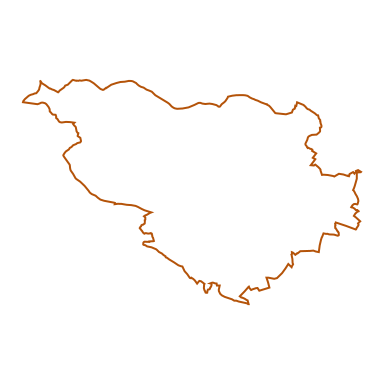 outline of Raciu, Mures, Romania
{"feature_id": "2599482B26505266969931", "entity_name": "Raciu", "entity_type": "district", "adm_level": 2, "iso_a3": "ROU", "parent_name": "Romania", "parent_adm1": "Mures", "projection": "robinson", "projection_center": [24.372, 46.712], "detail": "fine", "context": "isolated", "style": "outline", "palette": "amber", "viewbox_px": 384, "rotation_deg": 0, "n_neighbors": 0, "source": "geoboundaries", "source_scale": "gbopen_adm2", "svg_char_len": 5937}
<svg xmlns="http://www.w3.org/2000/svg" viewBox="0 0 384 384"><path d="M291.6,267.2L292.0,266.1L293.1,264.2L292.6,263.0L292.4,259.0L291.7,255.6L291.8,254.7L291.5,254.5L292.0,253.6L291.9,252.2L292.7,252.5L294.7,254.1L294.7,254.4L295.4,254.8L297.2,253.2L297.6,253.4L300.3,251.2L310.3,250.9L313.3,250.6L315.8,251.5L318.8,252.1L319.7,245.4L321.0,239.8L321.8,237.3L322.1,237.0L323.5,233.4L326.1,233.9L327.4,233.8L329.2,234.4L334.0,234.6L337.6,235.7L338.4,235.5L338.7,235.3L338.8,234.8L338.7,232.8L338.1,232.1L338.1,231.6L337.3,231.0L336.4,229.3L335.2,227.9L335.4,227.5L335.2,226.8L335.1,225.9L335.5,225.3L335.5,225.0L335.1,223.9L335.1,223.6L335.7,223.1L335.8,222.5L345.8,225.8L355.8,229.5L356.1,229.3L356.5,228.5L356.6,228.0L357.9,226.2L358.4,225.3L358.5,224.5L358.0,223.4L360.2,221.3L355.8,217.3L353.9,215.9L355.3,213.6L357.4,211.7L358.6,211.3L358.5,211.0L357.8,210.6L357.2,210.0L355.9,210.1L354.5,208.6L352.4,207.4L351.5,207.4L351.2,207.2L352.5,205.2L353.9,204.1L355.1,203.9L357.2,204.4L357.6,204.0L358.4,201.0L358.0,198.9L356.9,196.3L355.5,194.0L354.5,191.9L353.6,190.5L353.1,190.1L354.0,188.1L354.8,185.8L356.8,178.7L356.8,172.5L360.7,172.2L361.0,171.9L358.1,170.1L355.9,171.0L356.2,172.2L354.9,172.8L354.4,173.6L353.1,172.1L349.8,173.9L349.5,174.2L349.2,175.8L349.0,176.2L348.0,175.7L347.8,176.0L343.4,174.5L338.9,173.8L334.3,176.5L333.1,176.0L327.8,175.0L323.5,174.7L322.0,174.9L320.5,170.5L320.5,169.7L320.1,169.0L318.3,167.1L315.3,164.6L314.1,165.2L313.9,165.5L310.8,165.2L315.3,159.2L312.8,157.8L316.2,153.4L312.1,150.9L312.5,150.1L312.3,149.6L311.0,148.9L310.4,148.9L308.2,147.7L307.7,148.0L307.0,147.1L306.8,146.4L305.6,144.9L305.4,144.1L305.5,143.5L307.3,139.8L307.9,137.5L308.5,136.6L309.6,135.9L311.9,134.9L316.6,134.6L318.9,132.7L320.0,131.5L320.1,130.8L319.9,127.7L320.7,127.6L321.3,127.1L321.5,126.0L321.1,124.5L320.6,123.4L320.4,121.6L320.2,121.5L320.2,120.1L318.8,118.3L318.1,115.4L317.6,115.4L316.7,115.0L314.8,113.3L310.7,110.7L309.6,109.7L307.5,109.0L305.9,107.4L305.4,106.6L304.6,106.0L303.6,105.0L297.1,102.3L296.3,105.9L295.3,105.7L295.2,107.4L294.9,107.4L294.7,108.7L292.9,109.7L291.9,112.5L286.0,114.3L276.5,113.3L275.3,113.1L270.4,107.1L269.0,105.7L266.5,104.4L266.6,104.2L265.3,103.9L261.0,102.3L257.6,100.6L255.6,100.0L253.8,99.1L252.2,98.6L249.8,97.4L248.0,96.1L247.4,95.8L245.2,95.3L242.7,95.1L236.4,95.2L232.3,95.7L228.0,96.7L227.5,98.0L225.4,101.1L224.3,102.2L221.7,104.2L220.0,106.5L219.6,106.7L218.4,106.6L218.1,106.2L216.4,105.1L212.3,104.0L209.4,103.6L205.3,104.0L202.4,103.6L200.5,102.9L198.8,102.9L198.1,103.1L194.5,104.9L188.5,107.4L182.5,108.5L177.1,108.8L175.0,108.4L173.6,107.8L171.7,106.5L169.3,103.9L167.7,102.7L155.3,95.2L151.8,91.7L149.2,90.6L146.5,89.6L143.6,87.6L141.2,86.9L140.4,86.5L138.7,85.5L137.0,84.0L136.2,83.1L132.8,81.3L131.4,81.0L128.9,80.9L124.8,81.7L120.4,82.0L116.5,83.0L111.3,84.7L106.2,88.1L106.0,87.9L103.7,89.7L102.9,89.9L100.8,89.1L100.0,88.6L93.8,83.3L91.3,81.7L89.4,80.6L86.2,79.9L81.3,80.7L79.6,80.4L78.4,80.8L76.6,80.6L76.3,80.8L72.9,79.9L72.1,80.4L67.8,84.7L65.2,85.6L64.4,87.0L63.6,87.8L59.6,90.6L58.9,91.6L58.1,92.3L53.9,90.0L52.2,89.5L50.2,88.5L49.9,88.6L49.0,88.1L45.4,85.4L42.0,83.3L40.0,80.4L40.4,81.5L40.6,83.5L40.3,85.2L39.5,87.5L39.1,89.5L38.1,91.0L36.3,93.2L34.5,93.5L33.3,94.1L30.7,94.8L28.7,95.8L24.9,99.1L23.3,101.1L23.0,102.2L37.5,104.2L39.3,103.6L41.2,102.7L42.8,102.6L45.0,103.2L46.3,104.1L48.5,106.9L49.6,109.1L49.8,111.5L50.8,112.4L52.1,114.0L52.7,114.5L53.2,114.6L55.6,114.8L56.2,116.5L56.1,117.9L56.6,118.5L57.3,118.8L59.0,121.5L59.4,121.8L60.1,122.2L61.8,122.5L66.0,121.9L70.1,122.1L74.4,122.7L73.1,124.0L74.1,125.4L75.4,126.6L75.8,127.2L76.6,131.4L77.6,132.9L78.3,133.1L78.3,133.7L77.7,135.4L77.7,136.1L80.3,137.8L81.0,141.0L80.9,141.5L80.2,142.4L77.3,143.1L76.0,144.1L73.2,145.2L71.4,147.1L69.8,147.9L68.9,149.4L65.8,151.5L64.4,153.3L63.3,155.2L63.4,155.7L64.2,157.0L69.6,164.6L69.8,165.2L70.1,168.2L70.5,170.0L70.9,170.8L73.1,173.9L75.5,178.2L76.3,179.0L80.1,181.6L84.6,185.9L88.7,190.9L89.7,192.4L90.6,193.2L91.8,194.1L95.6,195.7L97.8,197.7L100.4,199.6L104.2,200.8L114.2,202.7L115.0,203.0L114.7,204.2L117.7,203.8L121.5,203.9L126.7,204.8L131.2,205.1L135.6,205.9L137.9,206.9L141.8,209.0L144.6,210.3L151.3,212.4L149.8,213.0L147.0,214.7L145.1,215.5L144.0,216.3L145.3,217.5L145.3,219.6L144.7,220.2L144.9,220.7L144.7,223.5L143.0,224.7L142.2,224.8L141.4,225.3L141.1,226.3L140.4,226.9L139.7,228.1L139.9,228.5L140.7,229.2L141.6,230.6L141.9,230.7L143.1,232.7L143.5,232.8L144.3,233.7L145.8,233.1L148.1,233.6L149.3,233.5L150.7,233.1L150.8,233.5L151.8,233.7L151.9,234.7L152.2,235.1L152.3,236.4L152.6,237.2L153.0,237.7L153.9,241.0L153.4,241.2L149.6,241.4L149.3,241.4L149.3,241.9L144.5,241.7L143.8,242.1L143.4,242.6L143.2,244.3L143.3,244.6L144.0,245.0L145.3,245.2L147.1,246.4L151.5,247.3L156.0,249.2L156.8,249.8L159.0,252.0L161.9,253.5L163.5,255.0L165.5,256.3L165.5,256.8L165.9,257.4L166.9,257.7L169.3,259.5L174.1,262.4L178.4,265.3L180.9,266.2L182.4,266.5L184.6,271.2L187.3,274.2L189.8,277.9L190.9,278.2L191.3,277.7L193.2,278.9L194.8,280.4L197.1,283.6L199.1,281.1L199.5,280.9L201.1,281.3L204.5,283.9L204.1,284.4L204.0,286.9L203.9,287.5L203.9,288.3L204.6,290.6L205.0,291.0L205.5,292.5L205.8,292.7L206.1,292.8L207.2,292.7L207.6,290.3L208.1,289.5L209.5,289.3L210.1,288.4L210.2,287.5L210.9,286.9L211.3,285.9L211.6,284.7L211.5,284.1L211.3,283.7L210.2,283.4L212.1,282.7L213.2,282.7L215.1,283.4L216.4,283.5L216.6,283.5L216.9,285.5L219.7,285.5L218.8,289.7L218.9,291.1L220.2,293.8L221.9,295.4L224.8,296.9L232.0,299.3L234.3,300.7L236.4,300.7L238.6,301.5L245.5,303.0L247.8,303.6L248.1,304.1L248.6,304.1L247.6,300.4L246.6,300.0L244.5,298.6L241.9,297.5L241.3,297.5L239.8,296.3L244.5,291.5L248.7,286.7L248.9,286.6L249.3,287.8L251.1,290.0L251.5,289.9L252.3,289.4L255.9,288.2L257.5,288.0L259.3,290.7L269.4,287.6L268.0,282.2L266.5,277.7L268.5,277.7L274.2,278.8L277.0,278.1L282.1,273.1L285.5,268.4L288.3,264.0L291.6,267.2Z" fill="none" stroke="#b45309" stroke-width="2"/></svg>